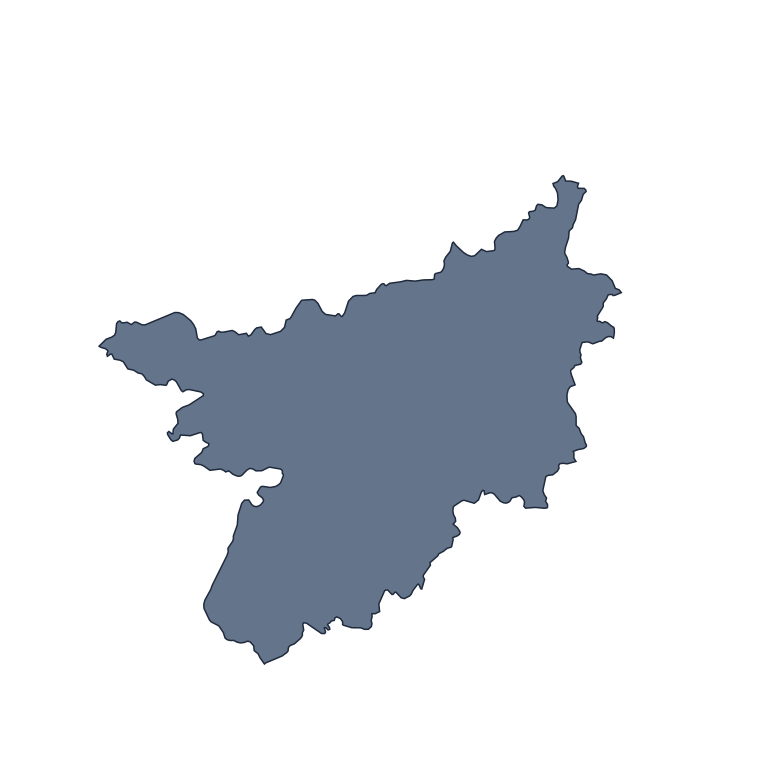 map outline of Bihar (Mercator projection), rotated 327°
{"feature_id": "IND-3258", "entity_name": "Bihar", "entity_type": "State", "adm_level": 1, "iso_a3": "IND", "parent_name": "India", "parent_adm1": "", "projection": "mercator", "projection_center": [85.594, 25.909], "detail": "fine", "context": "isolated", "style": "filled", "palette": "slate", "viewbox_px": 768, "rotation_deg": 327, "n_neighbors": 0, "source": "natural_earth", "source_scale": "10m", "svg_char_len": 6171}
<svg xmlns="http://www.w3.org/2000/svg" viewBox="0 0 768 768"><g transform="rotate(327 384 384)"><path d="M583.8,326.0L590.1,322.1L593.4,324.4L595.2,324.6L596.9,323.8L598.4,319.3L599.8,318.7L603.7,320.5L605.6,320.5L609.0,317.6L610.9,317.1L614.0,319.7L615.9,324.1L617.5,325.5L622.6,329.2L626.0,328.8L630.2,324.4L633.5,318.4L634.4,313.4L634.1,310.6L634.9,307.9L639.8,308.9L646.7,306.6L647.8,306.9L648.0,307.9L646.9,312.7L651.5,315.9L656.5,321.6L653.8,323.7L653.4,325.6L658.4,328.9L658.9,331.0L658.4,332.6L654.4,333.4L649.6,337.5L645.2,339.2L634.1,350.6L629.5,353.3L627.1,355.7L623.0,356.4L622.0,357.3L618.3,362.1L610.7,368.2L607.6,371.5L606.7,373.0L606.4,377.3L605.1,382.0L604.5,383.1L602.5,383.7L601.9,385.1L603.8,389.8L610.4,393.4L613.5,398.3L614.7,402.1L617.8,404.8L619.0,406.7L625.9,409.7L630.0,413.7L631.6,421.6L630.1,429.8L632.5,433.1L632.8,436.6L626.0,435.4L624.3,434.6L624.1,433.3L622.5,432.1L620.4,431.4L616.8,433.8L612.1,435.4L610.2,438.2L608.8,439.1L599.7,443.3L599.6,444.5L597.2,446.9L597.2,447.8L599.0,448.8L600.5,451.8L603.1,451.9L604.8,454.2L606.5,459.7L607.5,461.4L607.4,462.7L605.1,466.5L601.4,470.5L600.0,467.7L597.7,466.3L595.1,465.9L590.1,466.6L587.7,465.5L581.0,464.0L577.9,459.6L572.7,457.1L566.9,461.9L565.7,464.1L565.1,466.9L563.1,468.7L561.7,473.6L559.8,474.5L554.2,472.5L552.2,473.6L548.3,474.1L547.2,475.3L546.2,478.3L543.8,488.8L538.9,487.7L535.4,489.0L531.6,492.7L528.3,498.2L527.9,500.1L528.4,513.1L527.3,516.1L522.5,523.5L523.5,527.5L522.3,533.1L522.6,536.9L520.7,543.0L520.5,545.5L519.6,546.6L516.4,546.9L510.7,544.6L505.9,543.6L505.6,545.5L502.9,549.5L502.8,553.5L494.3,550.8L490.8,547.9L488.0,546.6L486.0,547.5L484.9,550.0L482.1,551.5L476.2,552.1L471.6,549.9L469.2,549.9L459.2,559.8L458.1,564.0L458.2,568.2L455.6,570.4L455.6,573.9L454.2,576.3L453.0,576.7L450.5,575.3L443.8,570.0L435.1,565.2L434.7,562.8L437.5,559.6L438.2,557.3L437.7,553.4L436.6,551.1L433.5,550.8L429.3,549.1L425.7,550.9L423.8,551.0L421.7,550.5L419.7,548.9L417.6,545.5L416.5,536.5L415.4,534.2L413.6,532.9L408.2,531.5L409.8,528.2L409.0,527.0L406.6,527.8L400.1,532.7L394.8,533.2L387.9,525.2L385.9,524.4L376.6,524.5L375.0,525.0L372.4,528.3L371.1,531.6L370.8,535.2L369.4,538.1L365.7,539.3L367.3,544.5L367.3,549.0L366.7,550.3L365.3,551.2L362.6,551.3L358.1,550.3L357.1,552.3L352.3,557.1L351.3,557.4L347.5,556.2L342.7,556.7L337.4,556.2L335.6,557.4L325.2,558.9L324.2,561.3L313.1,565.7L311.9,566.9L311.6,570.0L304.0,576.5L303.3,575.7L304.0,571.5L303.8,570.5L303.1,570.3L295.9,572.9L292.2,575.2L290.0,575.7L284.2,575.1L282.0,572.7L280.6,565.0L279.7,564.6L277.0,565.4L276.0,564.8L275.0,559.1L273.6,557.9L272.0,557.7L259.8,565.7L256.4,572.5L251.4,571.8L248.8,570.1L247.1,572.9L244.5,575.2L243.4,578.4L241.2,580.6L237.3,581.2L234.0,579.1L231.8,575.9L224.3,570.9L218.6,564.2L218.3,563.2L219.8,560.9L219.7,557.0L217.6,553.6L215.4,553.5L213.5,555.2L211.1,554.1L208.7,554.8L206.3,554.7L205.6,555.1L205.7,558.5L204.9,560.2L203.1,559.8L202.5,556.7L201.2,556.0L199.9,560.2L198.3,561.0L195.7,559.2L188.7,542.3L186.3,540.4L185.1,541.2L182.6,546.7L180.1,548.1L178.8,550.2L177.0,551.4L174.9,552.0L167.3,553.1L162.8,552.2L160.5,552.8L158.2,555.6L156.3,556.3L150.3,556.6L133.0,553.5L131.2,553.7L130.9,546.1L131.5,541.7L129.9,537.0L132.1,532.6L131.3,527.4L129.7,525.5L125.6,524.5L122.5,522.9L120.3,520.6L118.1,517.0L115.6,515.6L113.3,513.2L112.7,511.8L112.4,510.2L113.9,504.9L113.7,496.8L109.5,489.4L109.1,486.9L110.8,474.2L112.9,470.6L115.9,467.8L126.9,461.9L130.4,459.2L159.0,442.3L161.9,439.9L163.7,436.7L171.4,433.5L173.3,431.9L174.8,429.5L184.2,422.3L190.3,414.3L199.7,406.6L203.7,405.4L207.4,407.6L207.4,413.1L208.4,415.9L210.8,417.7L214.3,418.2L218.0,417.2L219.6,416.1L220.0,413.5L218.4,408.7L218.6,405.9L223.1,403.7L225.0,403.1L226.6,403.8L232.2,408.8L237.6,411.0L241.7,411.0L243.7,410.4L249.2,406.4L250.2,405.3L250.0,403.6L251.2,402.0L251.5,400.4L250.7,398.8L242.5,391.2L234.3,390.2L229.3,387.1L227.6,383.6L225.2,381.6L221.9,381.6L214.8,383.2L212.7,382.7L210.7,381.2L208.1,377.4L206.6,372.4L203.3,371.5L202.5,369.1L200.5,366.2L191.0,361.6L188.1,354.4L186.3,351.7L182.5,348.6L182.1,347.5L182.6,345.4L184.7,343.4L193.8,342.1L197.2,339.8L202.3,340.5L204.3,339.3L204.5,338.3L202.8,335.8L201.7,332.7L204.4,327.2L204.4,325.7L203.5,324.6L193.4,321.9L185.6,316.0L182.8,318.0L180.4,318.5L175.7,317.1L174.9,314.7L175.0,308.7L175.7,307.0L177.7,306.6L179.0,310.2L179.8,310.8L182.8,307.1L189.8,304.8L191.7,301.4L193.4,295.8L194.8,294.3L202.1,293.8L209.2,295.4L226.1,295.3L227.3,293.7L226.0,290.9L217.7,282.6L215.1,281.2L211.1,281.0L210.4,279.1L211.1,269.1L210.4,266.5L208.8,264.4L204.6,264.1L201.4,266.2L200.3,266.3L196.1,262.7L191.6,260.4L186.9,251.0L187.1,247.2L186.4,243.5L183.7,240.8L181.6,236.1L177.4,231.9L177.5,223.4L175.5,220.2L171.3,216.2L172.0,210.8L171.0,210.0L167.1,210.1L167.7,208.0L170.3,206.1L170.4,205.1L169.6,202.6L166.5,199.1L165.6,197.1L175.4,195.1L181.2,196.4L184.7,196.3L187.1,194.6L192.6,187.7L194.8,186.8L196.8,187.2L197.3,189.5L198.3,190.6L202.2,192.3L204.4,196.5L208.8,196.3L210.2,197.5L213.4,202.7L215.8,204.3L247.5,210.1L250.8,212.4L253.6,216.6L256.4,225.7L256.7,230.5L256.1,235.4L252.5,243.8L253.1,246.4L254.5,247.4L267.8,251.1L269.1,251.1L272.4,249.3L274.1,249.6L275.3,251.6L277.9,253.2L285.8,256.4L287.4,258.8L289.0,263.6L296.2,266.5L296.3,270.0L299.1,270.3L305.3,267.9L307.8,267.6L312.1,269.4L312.5,277.4L315.7,280.8L325.9,283.5L331.4,282.3L336.8,277.1L340.7,277.9L342.7,277.2L351.6,272.4L360.3,269.0L361.5,269.4L370.1,274.2L371.7,276.1L372.5,280.4L371.7,289.5L372.9,293.8L380.4,300.5L383.6,300.0L384.5,300.8L384.9,303.9L385.7,304.6L389.8,302.9L399.3,295.2L405.8,293.7L409.2,294.8L417.4,300.1L421.4,300.3L426.2,302.6L429.4,300.7L436.0,298.9L437.8,299.3L438.6,300.2L438.7,301.9L439.5,302.8L443.6,302.6L453.7,307.4L459.2,309.3L466.2,314.7L473.6,318.1L481.3,322.8L483.3,323.3L486.1,319.7L487.6,319.5L492.5,321.2L495.3,320.4L498.0,318.6L500.1,316.2L501.3,313.4L504.7,311.3L511.9,308.8L518.3,302.9L519.5,302.9L519.9,307.3L522.3,317.0L524.1,321.1L526.7,324.5L529.9,325.8L539.1,324.1L542.0,328.7L548.1,331.7L549.6,332.0L551.0,330.8L554.3,324.6L557.4,322.8L560.9,321.8L568.0,322.2L575.9,326.7L579.7,327.8L583.8,326.0Z" fill="#64748b" stroke="#1e293b" stroke-width="1.5"/></g></svg>